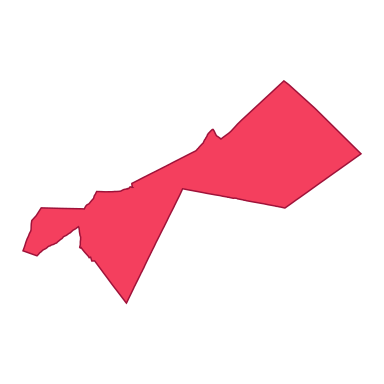 Blaricum, Noord-Holland, Netherlands
{"feature_id": "6326949B66152801340332", "entity_name": "Blaricum", "entity_type": "district", "adm_level": 2, "iso_a3": "NLD", "parent_name": "Netherlands", "parent_adm1": "Noord-Holland", "projection": "albers", "projection_center": [5.257, 52.281], "detail": "fine", "context": "isolated", "style": "filled", "palette": "rose", "viewbox_px": 384, "rotation_deg": 0, "n_neighbors": 0, "source": "geoboundaries", "source_scale": "gbopen_adm2", "svg_char_len": 5614}
<svg xmlns="http://www.w3.org/2000/svg" viewBox="0 0 384 384"><path d="M283.9,80.9L241.6,120.1L237.6,124.0L234.9,127.0L231.1,131.1L229.8,132.3L228.5,133.4L226.3,135.0L222.9,137.5L221.0,139.0L220.8,139.0L220.6,138.7L220.2,138.5L220.0,138.1L219.5,137.8L218.9,137.4L218.5,137.1L217.5,136.4L216.6,135.9L216.4,135.6L216.2,135.4L215.8,134.4L215.6,134.1L215.3,133.6L215.2,133.3L215.0,132.9L214.8,132.4L214.7,132.1L214.5,131.9L214.2,131.2L213.8,130.4L213.7,130.3L213.4,130.1L213.2,129.5L212.9,129.4L212.4,129.5L212.2,129.6L211.0,130.7L210.2,131.5L209.6,132.2L209.2,132.6L208.9,133.0L208.5,133.2L208.4,133.4L208.2,133.7L207.4,134.9L207.3,135.1L207.3,135.4L207.2,135.6L207.0,136.0L206.8,136.5L206.4,137.1L206.0,137.6L205.9,137.8L205.8,138.1L205.3,139.1L205.0,139.3L204.8,139.7L204.4,140.2L204.1,140.9L204.0,141.2L203.6,142.0L203.2,143.0L202.5,143.6L202.3,143.8L202.0,144.1L201.4,144.8L201.1,145.0L200.9,145.3L200.6,145.6L200.3,145.9L199.7,146.6L199.4,146.9L198.7,147.7L198.5,148.1L198.2,148.4L197.9,148.6L197.6,148.9L197.3,149.2L197.1,149.6L196.7,149.9L196.5,150.2L196.2,150.5L195.7,150.9L190.7,153.4L181.5,158.1L180.5,158.6L179.8,159.0L178.0,159.9L175.6,161.1L174.6,161.6L164.4,166.9L152.9,172.7L143.4,177.5L132.3,183.2L132.1,183.3L131.9,183.4L131.9,183.5L131.8,183.9L132.3,187.0L132.6,187.3L132.3,187.3L132.0,187.4L131.4,187.1L130.9,187.0L130.4,186.9L130.1,186.9L130.0,187.0L129.7,187.3L129.1,188.1L128.8,188.4L128.6,188.4L127.4,188.6L127.5,188.9L126.8,189.0L124.8,189.3L123.6,189.6L122.0,190.4L121.3,190.8L120.6,191.1L120.3,191.2L119.1,191.3L118.3,191.4L116.2,191.5L115.5,191.5L114.2,191.5L113.1,191.7L106.6,191.8L106.3,191.8L104.9,191.8L100.6,191.6L96.7,191.5L95.7,193.4L95.6,193.8L95.1,194.6L94.8,195.0L94.4,195.6L94.3,195.8L94.0,196.8L93.7,198.0L93.6,198.3L92.6,199.5L92.0,200.1L91.0,201.3L90.1,202.4L89.8,202.8L89.1,203.6L88.9,203.8L88.7,204.0L87.6,204.5L87.0,204.8L86.9,204.9L86.5,205.3L85.8,206.1L85.7,206.2L85.5,206.6L85.2,207.1L84.8,207.9L84.4,208.9L83.7,208.9L81.7,208.8L61.0,208.4L42.2,207.9L41.2,207.9L36.2,215.7L31.8,220.5L31.5,222.4L31.3,223.7L31.2,225.6L31.1,228.9L31.0,230.0L30.9,230.4L30.8,230.9L30.5,231.5L29.5,233.4L29.3,233.8L28.5,236.0L27.8,237.5L27.2,238.7L26.7,240.0L25.9,242.2L25.0,245.2L24.3,247.3L23.0,250.8L26.6,252.1L36.4,255.6L37.0,255.8L37.3,255.5L37.5,255.3L38.1,254.7L38.5,254.3L39.1,253.5L39.4,253.2L39.7,252.8L40.1,252.5L40.7,252.1L41.2,251.7L41.8,251.1L42.3,250.6L42.7,250.3L43.1,249.9L43.7,249.6L44.7,249.1L45.0,249.0L46.2,248.3L47.2,247.5L47.4,247.3L48.0,246.7L48.6,246.3L48.8,246.2L49.0,246.1L49.4,246.0L49.7,246.0L50.0,245.9L50.4,245.7L50.7,245.5L50.9,245.3L51.3,245.0L51.7,244.9L52.0,244.8L52.5,244.7L53.2,244.5L53.5,244.4L53.8,244.3L54.7,243.7L54.8,243.6L56.3,243.1L56.5,243.0L57.0,242.6L57.5,242.0L59.0,240.8L59.8,240.1L60.2,239.8L60.8,239.3L61.8,238.7L62.5,238.0L63.0,237.3L63.5,236.7L65.1,235.9L66.1,235.5L66.3,235.3L66.7,235.1L67.3,234.7L67.8,234.3L68.3,233.9L69.4,233.2L69.8,233.0L70.1,232.9L70.5,232.6L71.5,231.6L72.5,230.7L72.9,230.3L73.5,229.9L74.9,229.2L75.2,229.0L75.6,228.8L77.0,227.7L78.0,227.0L78.5,226.7L78.8,227.4L78.8,227.5L78.9,227.9L79.1,228.5L79.2,229.5L79.3,230.0L79.4,230.7L79.4,230.8L79.4,231.1L79.4,231.6L79.5,232.0L79.5,232.3L79.6,232.7L79.6,232.9L79.6,233.0L79.7,233.3L80.0,235.1L80.1,235.7L80.5,236.5L80.6,237.4L80.7,237.7L80.7,237.8L80.6,238.3L80.6,239.3L80.6,239.6L80.5,240.4L80.4,240.8L80.3,242.0L80.3,242.3L80.3,243.2L80.3,243.3L80.3,243.8L80.3,244.5L80.3,244.8L80.1,245.6L79.9,246.3L79.7,247.3L80.3,248.0L81.0,247.5L82.8,249.9L84.6,252.1L88.3,256.2L88.4,256.3L89.2,257.7L90.3,257.3L90.6,257.2L91.0,258.4L91.8,261.0L92.4,261.0L94.4,260.9L94.8,261.1L102.9,272.0L103.0,272.2L103.6,273.0L106.7,277.1L110.9,282.8L111.4,283.5L115.1,288.4L116.0,289.5L124.6,300.8L125.5,302.0L126.4,303.1L126.7,302.6L126.9,302.2L127.9,300.1L128.2,299.5L128.5,298.8L131.1,293.5L131.5,292.7L131.9,291.8L132.3,291.0L132.8,290.0L133.8,287.9L134.0,287.4L134.2,286.9L135.3,284.9L135.9,283.5L136.0,283.4L136.5,282.4L137.2,281.0L140.6,274.1L141.0,273.2L141.1,272.9L141.6,272.1L141.9,271.6L142.8,269.7L143.5,268.4L143.6,268.2L143.9,267.6L144.1,267.1L144.9,265.3L145.5,264.0L145.7,263.7L145.9,263.2L148.5,257.8L149.5,255.8L149.8,255.3L150.4,254.0L150.6,253.5L151.4,252.1L151.4,251.9L152.0,250.7L152.4,250.0L152.6,249.5L152.8,249.1L153.8,247.2L154.4,245.9L154.6,245.6L154.8,245.0L155.0,244.7L155.1,244.4L155.4,243.8L156.0,242.5L157.7,239.2L158.7,237.2L158.8,237.0L159.4,235.9L159.8,235.0L160.7,233.2L161.8,231.0L162.5,229.6L162.7,229.3L162.8,229.0L163.0,228.6L163.5,227.7L164.2,226.4L164.7,225.3L165.2,224.3L167.2,220.3L167.5,219.6L168.9,216.7L169.8,214.9L170.3,214.0L171.2,212.1L171.5,211.6L174.2,206.3L174.5,205.5L175.1,204.4L176.4,201.7L176.9,200.7L177.8,198.9L178.8,196.9L179.6,195.3L180.3,193.8L180.6,193.2L180.7,192.9L180.8,192.7L181.7,190.8L181.8,190.6L181.9,190.3L182.2,189.7L182.3,189.3L182.6,188.8L183.4,188.9L187.0,189.6L190.7,190.3L193.0,190.7L193.9,190.9L197.8,191.6L203.1,192.6L206.5,193.3L213.9,194.6L214.9,194.8L220.1,195.6L222.5,196.2L226.8,196.9L228.0,197.3L228.9,197.2L229.6,197.5L232.5,198.1L233.8,198.3L234.3,198.1L236.6,198.3L237.5,198.8L239.7,199.2L241.1,199.5L241.8,199.6L243.3,199.9L243.6,200.1L244.1,200.2L245.0,200.3L245.5,200.4L246.5,200.7L252.5,201.8L258.8,202.9L262.1,203.5L263.5,203.7L268.1,204.7L269.8,205.0L275.3,206.0L276.1,206.3L277.4,206.4L279.5,206.9L280.4,207.0L283.9,207.8L284.9,208.0L285.1,207.9L287.2,206.4L289.9,204.5L292.7,202.5L296.4,199.8L298.9,198.1L303.8,194.6L306.5,192.7L317.6,184.7L333.2,173.6L350.4,161.4L358.9,155.3L359.6,154.9L361.0,153.8L314.8,108.2L288.5,84.4L283.9,80.9Z" fill="#f43f5e" stroke="#9f1239" stroke-width="1.5"/></svg>